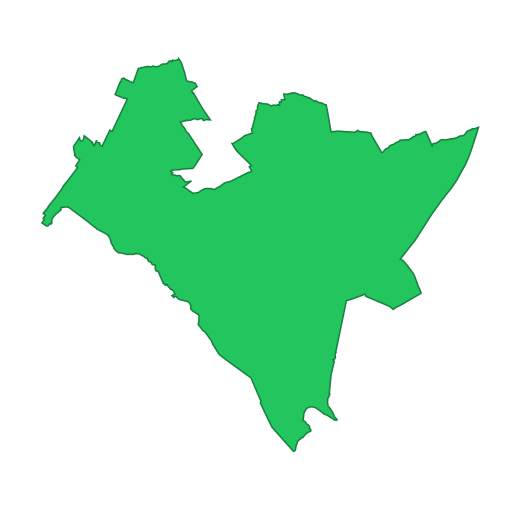 the district of Acajete, Puebla, Mexico, rotated 93°
{"feature_id": "50627088B33584621576624", "entity_name": "Acajete", "entity_type": "district", "adm_level": 2, "iso_a3": "MEX", "parent_name": "Mexico", "parent_adm1": "Puebla", "projection": "orthographic", "projection_center": [-97.961, 19.1], "detail": "fine", "context": "isolated", "style": "filled", "palette": "green", "viewbox_px": 512, "rotation_deg": 93, "n_neighbors": 0, "source": "geoboundaries", "source_scale": "gbopen_adm2", "svg_char_len": 6050}
<svg xmlns="http://www.w3.org/2000/svg" viewBox="0 0 512 512"><g transform="rotate(93 256 256)"><path d="M224.7,470.8L225.0,470.4L224.8,469.7L226.2,468.5L229.8,470.6L230.5,469.4L230.9,469.4L234.2,471.5L237.1,466.6L237.0,466.0L236.7,465.1L234.3,463.4L234.9,462.4L234.3,461.8L233.4,461.6L231.8,461.8L230.2,461.7L228.7,461.2L224.7,458.1L220.2,453.2L218.0,453.2L217.7,453.0L217.5,450.3L217.0,449.1L216.9,448.1L217.3,445.4L229.8,426.7L237.6,415.9L241.6,407.1L242.9,405.2L244.0,404.1L246.7,402.4L249.3,401.8L250.8,401.1L254.8,398.6L255.9,398.1L258.0,396.4L259.5,394.2L260.1,393.2L259.9,391.4L261.2,384.8L261.0,383.5L261.1,382.4L260.8,381.4L261.0,379.7L260.6,378.3L260.6,377.3L259.4,376.3L260.1,374.9L259.8,373.0L261.8,369.3L262.3,367.9L263.7,366.3L263.9,364.2L265.3,364.1L266.9,363.0L268.0,360.2L269.9,359.3L270.4,356.2L271.6,355.9L272.8,356.1L274.1,355.9L275.7,355.3L276.1,354.8L276.6,353.7L276.4,352.9L284.8,348.9L286.9,347.6L287.0,347.2L288.3,347.3L288.4,346.2L289.8,345.4L289.8,345.0L288.8,344.5L289.3,343.3L289.8,343.7L290.4,342.6L291.1,341.8L293.7,339.6L294.2,338.1L294.9,336.8L298.2,335.0L299.8,337.9L301.7,336.2L300.3,333.9L302.6,331.8L303.6,329.7L305.1,321.8L305.7,320.6L307.6,319.1L308.2,319.1L309.3,318.3L311.5,318.5L312.4,318.3L314.2,316.4L317.8,310.1L320.4,309.6L323.8,309.7L327.5,310.1L333.0,305.3L335.4,302.1L340.7,298.0L342.5,296.3L346.2,294.7L356.3,287.6L362.2,279.0L378.0,254.6L400.5,243.6L402.7,243.9L425.9,231.3L449.2,208.3L448.3,206.8L447.6,206.5L443.2,206.0L441.2,205.2L439.8,205.1L438.1,204.0L436.0,201.6L435.0,201.2L434.9,200.1L434.5,199.4L432.6,198.2L430.5,196.3L429.3,194.7L428.1,192.2L426.4,192.2L425.3,193.7L423.6,193.5L422.3,194.6L421.1,196.4L419.0,198.1L417.5,200.4L410.0,199.8L408.3,198.8L405.8,197.8L403.9,194.5L403.7,191.5L404.4,188.5L408.7,181.7L410.1,180.1L411.3,176.6L415.8,168.8L415.6,166.5L414.8,166.7L412.6,169.1L407.9,171.4L404.1,174.2L402.0,176.2L399.1,176.8L395.1,176.9L394.5,176.9L393.1,176.0L390.0,175.0L389.6,175.6L370.5,174.8L357.0,172.3L355.8,173.9L354.6,171.9L353.3,171.4L349.4,172.0L348.4,171.1L348.2,171.4L295.9,163.4L293.8,157.4L288.4,145.1L290.5,144.2L299.4,119.8L302.2,116.2L299.6,112.9L297.9,109.6L284.7,89.4L283.6,89.4L281.2,90.5L279.6,91.2L279.6,91.6L268.1,96.4L264.8,98.4L257.0,104.9L254.6,107.2L252.6,109.3L251.6,111.8L231.6,97.7L204.5,82.3L189.4,72.6L187.9,71.4L185.3,69.8L180.4,66.1L176.3,63.4L169.6,59.4L153.2,51.4L143.6,47.9L128.0,43.6L115.8,40.5L117.5,44.4L117.7,46.8L118.5,47.5L119.9,51.0L120.6,51.9L123.0,53.3L124.4,54.5L125.2,56.5L125.5,58.7L127.0,61.1L128.2,63.7L128.5,66.5L129.9,71.6L130.2,73.6L130.1,76.8L130.6,77.5L130.9,78.4L131.5,78.6L134.1,82.4L134.4,84.9L135.1,85.4L136.8,85.9L122.7,93.0L123.3,94.8L124.1,96.2L124.9,96.9L124.7,97.6L125.9,98.7L125.8,100.3L126.5,100.7L126.3,102.7L127.6,102.7L128.2,103.3L128.2,104.7L128.6,105.4L129.8,105.8L129.7,106.7L130.8,107.4L131.1,108.6L131.9,109.5L132.0,111.5L132.3,112.1L132.2,113.6L132.6,114.2L132.4,115.5L132.9,115.8L132.6,118.1L133.8,118.9L134.3,119.6L135.4,122.0L137.1,124.0L137.8,126.0L139.1,128.2L139.5,128.7L141.5,129.8L142.0,131.8L144.7,134.0L145.3,134.2L146.2,135.9L130.1,146.4L127.2,147.7L126.5,152.3L126.4,159.2L125.1,160.8L127.3,163.8L127.0,181.0L127.8,185.2L127.6,185.6L128.1,186.9L128.0,187.6L106.3,192.5L101.4,193.9L101.4,194.5L100.8,196.3L99.9,197.9L99.3,201.8L98.2,203.5L97.8,204.7L98.6,205.5L95.3,210.9L95.2,211.9L94.6,213.1L94.6,214.0L93.9,216.2L92.6,217.9L93.0,219.5L92.8,220.6L91.0,225.7L91.4,227.3L91.1,228.3L91.3,228.9L91.6,229.9L92.4,230.7L92.4,232.3L93.0,233.2L92.7,236.7L98.4,235.5L98.7,238.9L100.7,238.7L101.0,240.2L100.9,240.7L104.1,240.3L103.8,240.8L103.5,241.8L104.2,242.2L104.0,242.7L104.7,244.3L104.2,245.9L104.5,246.3L104.5,246.9L105.0,247.7L105.0,249.5L103.6,252.4L103.6,256.6L102.8,260.4L103.0,261.2L107.3,262.4L109.2,262.1L110.8,263.0L111.0,263.6L113.1,263.4L115.3,263.8L117.4,264.3L117.9,264.7L119.2,264.5L128.1,266.4L129.0,266.8L129.2,267.2L133.5,266.1L136.3,273.5L138.8,276.2L144.4,284.1L145.0,285.2L145.0,285.8L149.9,282.5L152.8,280.0L165.8,265.3L167.3,267.4L171.3,264.7L173.2,267.0L172.7,267.6L182.7,285.1L184.1,289.7L185.1,291.8L187.8,294.9L188.9,296.5L189.6,298.1L191.7,300.7L191.5,302.6L191.0,304.8L191.2,309.1L191.7,310.9L192.7,313.0L195.5,316.8L196.4,320.2L196.6,322.3L191.7,330.2L190.9,332.1L184.4,324.4L185.7,328.9L185.7,330.2L185.3,331.0L185.1,331.4L183.5,332.2L182.2,334.3L181.3,334.5L179.7,336.3L179.6,336.9L180.1,339.3L179.5,341.2L179.3,344.1L179.0,344.5L178.3,344.4L177.5,343.6L176.9,343.6L176.6,344.7L175.8,345.6L175.4,345.4L174.8,344.5L174.3,342.0L173.9,337.4L173.1,334.3L171.8,323.6L168.9,321.6L157.4,315.1L137.4,329.8L135.5,332.1L132.6,333.7L129.5,336.5L126.2,338.5L125.7,336.6L125.3,336.1L124.9,334.7L125.0,333.9L123.9,332.8L124.3,331.6L123.8,328.6L121.9,324.4L122.9,322.1L122.6,321.1L122.7,320.3L121.9,319.5L121.7,316.8L122.0,316.3L122.4,316.0L122.9,316.1L123.3,315.6L123.3,314.7L122.7,313.7L122.1,312.1L122.5,311.4L122.5,308.7L112.5,316.5L96.5,327.0L96.9,327.4L94.3,329.0L89.9,323.7L86.6,325.7L86.8,326.2L85.8,328.0L84.9,334.3L75.6,337.3L67.6,340.4L65.7,341.5L62.8,343.7L63.9,343.9L65.1,346.9L64.8,349.5L65.5,349.4L66.1,349.8L66.3,350.2L65.4,351.3L65.4,351.7L65.8,352.2L66.1,353.1L66.5,353.1L66.8,353.7L67.6,354.1L68.6,355.0L69.1,357.5L69.2,359.5L71.7,363.2L72.3,365.7L71.7,369.2L72.6,370.5L72.6,372.3L72.3,373.4L72.5,374.5L72.9,376.6L73.9,379.2L73.7,380.6L74.5,381.0L74.8,383.3L89.2,387.6L89.3,388.3L86.0,396.7L85.6,396.6L85.3,397.7L86.3,399.6L87.4,399.6L90.0,400.7L89.9,401.0L102.2,405.1L103.8,400.9L104.4,398.4L105.0,397.3L105.5,395.7L105.2,394.7L106.1,392.8L139.2,406.2L137.9,408.5L152.6,414.7L154.6,415.4L153.3,417.6L152.8,417.9L152.0,417.7L151.1,418.4L150.8,420.4L150.3,421.1L148.8,421.3L154.2,423.3L151.9,425.1L151.1,425.2L144.9,433.8L148.9,434.5L150.3,435.5L150.2,436.8L149.9,437.6L147.1,438.5L156.3,444.0L162.5,442.7L163.2,442.0L164.2,442.5L165.3,442.1L166.6,441.0L169.1,437.1L175.6,440.7L177.0,438.8L191.1,448.3L195.7,451.8L198.8,453.2L208.5,459.6L217.6,466.2L217.9,466.0L221.4,468.2L221.3,468.6L224.7,470.8Z" fill="#22c55e" stroke="#15803d" stroke-width="1.5"/></g></svg>